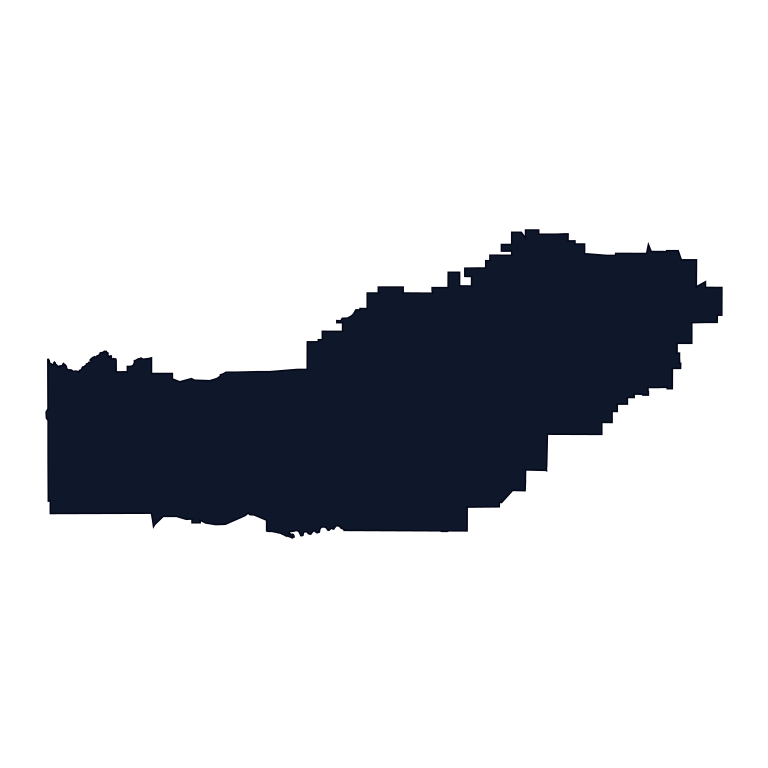 Woodanilling, Western Australia, Australia (orthographic projection)
{"feature_id": "25037944B81892326519969", "entity_name": "Woodanilling", "entity_type": "district", "adm_level": 2, "iso_a3": "AUS", "parent_name": "Australia", "parent_adm1": "Western Australia", "projection": "orthographic", "projection_center": [117.181, -33.52], "detail": "fine", "context": "isolated", "style": "filled", "palette": "ink", "viewbox_px": 768, "rotation_deg": 0, "n_neighbors": 0, "source": "geoboundaries", "source_scale": "gbopen_adm2", "svg_char_len": 5847}
<svg xmlns="http://www.w3.org/2000/svg" viewBox="0 0 768 768"><path d="M666.6,250.7L666.6,251.6L651.2,251.5L648.4,244.5L646.6,253.5L615.6,253.4L615.6,255.4L606.6,255.4L587.7,253.9L584.6,253.9L584.6,244.0L575.0,244.0L575.0,240.9L568.0,240.9L568.1,233.9L564.1,233.9L556.8,234.2L538.7,234.2L538.7,230.0L525.5,230.0L525.5,238.0L521.3,232.3L511.7,232.3L511.7,244.5L501.4,244.5L501.4,251.1L511.7,251.1L511.7,255.3L489.9,255.2L489.9,260.7L485.7,260.7L485.7,268.0L479.2,268.0L464.8,268.2L464.8,276.4L471.6,276.5L471.5,286.0L459.6,285.9L459.6,272.3L448.2,272.3L448.1,287.6L432.1,287.6L432.1,289.6L432.2,291.2L432.7,293.2L403.2,293.0L403.2,287.1L378.3,287.1L378.3,293.0L367.2,293.0L367.2,308.6L360.0,308.5L360.0,309.9L355.8,309.9L353.7,313.7L351.6,315.9L347.5,318.1L342.3,318.3L340.7,320.8L336.8,320.6L336.8,322.7L342.6,322.7L342.5,331.4L322.3,331.3L322.3,339.7L318.3,339.7L318.3,341.8L307.3,341.8L307.2,369.0L307.1,369.4L297.6,369.4L269.5,371.7L257.5,371.7L236.4,372.2L226.1,372.2L223.2,373.9L220.4,374.8L220.2,376.3L216.7,378.6L209.8,380.7L194.3,380.2L194.1,380.0L191.5,378.6L179.7,381.8L172.4,378.9L172.4,373.5L151.5,373.5L151.5,357.8L149.0,358.5L143.1,359.2L140.9,358.0L139.8,358.8L138.2,358.9L135.3,360.6L134.4,360.6L134.4,362.6L133.5,364.7L132.8,365.7L130.5,366.4L127.3,366.4L127.4,371.8L116.2,371.9L116.1,360.4L115.9,360.2L116.0,359.6L115.9,359.2L115.7,358.9L115.1,358.9L114.8,359.1L114.6,358.9L114.3,359.0L113.8,358.8L113.5,358.8L113.2,358.6L112.9,358.8L112.6,358.8L112.0,359.0L111.4,358.8L111.3,358.7L111.2,358.0L111.3,357.3L110.8,356.8L110.9,356.6L111.4,356.1L111.3,355.9L111.2,355.9L110.3,355.9L109.3,357.0L109.1,357.2L108.6,357.3L108.4,357.1L108.4,356.9L108.6,356.8L108.6,355.9L108.1,355.6L107.8,354.7L107.6,354.6L107.5,354.3L107.3,354.2L107.9,353.7L107.9,353.4L108.1,353.2L107.5,352.8L107.2,352.9L106.1,352.5L106.1,352.1L106.5,351.8L106.5,351.6L106.4,351.4L106.2,351.4L104.4,351.3L104.2,351.5L103.8,351.7L103.6,351.9L103.6,352.0L103.7,352.4L103.4,352.5L103.2,352.8L102.9,352.8L102.9,352.5L102.5,352.5L102.2,352.4L101.8,352.5L101.4,352.9L100.8,353.0L100.3,352.8L100.2,352.9L99.7,354.5L98.1,355.6L97.1,355.8L96.8,356.6L96.5,356.8L95.8,357.1L95.4,357.1L94.9,356.9L94.6,356.6L94.4,356.6L94.1,357.2L92.9,357.4L92.2,358.2L91.4,358.4L91.3,358.5L91.3,359.1L90.3,359.7L90.2,359.9L90.1,360.2L90.7,360.5L91.2,361.0L91.3,361.3L91.1,361.9L90.8,362.2L90.3,362.3L89.0,362.2L88.2,363.6L87.7,363.5L86.6,363.9L86.4,364.1L86.5,364.2L86.6,364.4L86.3,365.0L85.9,365.4L85.2,365.7L84.3,366.7L83.1,366.8L82.6,367.1L82.2,367.6L81.7,369.0L81.5,369.3L80.6,370.1L79.7,370.3L79.6,370.5L79.5,371.5L79.2,371.8L78.9,371.9L78.8,371.7L78.3,371.4L76.3,371.3L75.7,371.0L75.1,371.2L72.5,371.2L72.2,370.9L72.0,370.4L71.5,370.0L68.3,369.8L67.7,369.6L67.3,369.3L66.9,368.6L66.3,367.1L66.4,366.6L66.1,366.0L65.7,366.0L65.5,365.7L65.0,365.6L65.0,365.4L65.2,364.9L64.7,364.8L64.1,364.1L63.8,364.2L63.6,364.3L63.6,364.1L63.3,364.2L63.1,364.1L63.1,363.9L62.8,364.2L62.7,364.9L62.4,365.4L61.8,365.8L60.1,365.9L59.4,366.1L59.4,366.7L59.2,367.0L58.9,367.2L58.6,367.1L58.2,366.8L58.2,366.5L57.6,366.0L56.9,365.8L56.8,365.2L56.7,365.2L55.3,363.8L55.3,363.6L55.1,363.4L55.2,362.9L54.4,362.1L53.9,362.7L53.4,363.8L53.2,364.0L53.1,364.4L52.2,365.1L51.9,365.1L51.5,364.4L51.1,363.8L50.9,363.8L49.8,363.0L49.6,362.9L49.3,363.1L49.0,362.9L49.1,362.3L49.4,361.9L49.4,361.6L49.2,361.3L49.0,361.2L49.2,360.8L49.2,360.4L48.8,360.0L48.4,359.3L48.1,359.2L47.8,359.4L48.0,408.8L46.1,412.1L46.4,418.1L48.1,420.5L48.1,458.8L48.3,501.1L50.3,501.1L50.3,513.5L151.4,513.2L152.7,520.7L153.5,526.7L154.9,524.4L163.2,516.4L176.6,516.4L186.2,519.3L192.0,519.0L192.0,522.8L200.2,522.8L200.2,520.2L205.7,523.0L215.9,524.6L225.3,524.3L245.1,515.6L248.2,513.0L249.7,514.6L254.0,514.9L266.6,520.2L266.6,530.9L267.6,531.3L268.4,531.4L272.4,531.4L273.7,531.8L275.9,532.1L278.2,532.8L279.5,532.9L281.2,533.5L282.8,534.4L284.2,534.8L285.3,535.7L286.4,535.8L286.9,536.3L287.3,535.9L287.7,535.8L288.5,536.4L291.0,537.2L292.2,538.0L292.7,537.8L292.9,537.2L293.1,537.0L294.1,537.0L294.0,536.4L293.8,536.0L293.8,535.4L293.5,535.2L293.2,534.6L293.0,534.4L292.5,534.3L291.3,534.5L290.3,533.8L288.7,533.2L288.8,532.8L289.7,531.9L290.2,531.6L294.1,531.1L295.9,530.5L296.4,530.5L297.5,530.8L298.6,531.3L299.0,531.7L299.8,533.5L300.1,533.8L300.5,534.8L300.6,535.4L300.9,535.7L301.7,535.7L302.9,535.4L303.0,535.2L303.3,532.9L304.0,532.1L304.9,531.7L305.2,531.8L306.1,531.8L307.2,532.1L308.2,533.4L308.7,533.8L310.4,534.2L310.9,534.0L311.3,533.6L312.6,531.5L313.0,531.5L313.3,531.1L313.9,530.8L314.5,530.9L316.7,532.7L317.4,532.8L318.0,532.4L319.1,532.3L319.4,532.0L319.7,529.9L320.0,528.8L320.9,527.6L322.8,526.8L325.3,527.2L326.2,527.8L327.2,528.9L327.5,529.9L328.5,530.3L328.8,530.3L329.3,530.0L330.1,529.2L331.0,528.5L331.5,528.3L332.0,528.4L332.6,528.9L333.8,529.0L334.0,528.7L334.4,527.9L334.9,527.4L335.3,526.7L335.8,526.2L336.3,525.9L337.8,525.7L339.6,526.4L340.1,526.9L340.5,527.5L340.9,527.9L341.4,528.3L342.6,528.6L344.2,530.2L344.2,530.4L344.5,530.4L439.5,530.8L440.2,530.8L441.6,531.4L442.3,531.4L447.3,531.4L448.5,530.9L449.0,530.8L467.1,530.9L467.2,507.1L499.3,506.8L499.3,502.5L501.6,502.5L512.6,490.4L525.1,490.7L525.5,480.0L525.4,479.8L525.6,469.9L546.4,470.4L546.5,470.5L546.5,467.7L546.7,465.7L547.4,434.2L601.8,434.4L601.8,422.4L612.1,422.5L612.1,411.4L617.3,411.5L617.3,404.1L627.4,404.1L627.4,397.5L634.2,397.5L634.2,394.1L642.3,394.2L642.8,395.1L648.4,395.1L648.4,391.5L648.0,391.5L648.0,387.5L658.7,387.5L658.8,387.5L658.8,387.4L667.2,387.4L667.2,388.7L672.3,388.7L672.4,368.4L680.6,368.4L680.7,363.2L679.2,363.2L679.7,361.1L679.5,359.2L679.5,353.1L677.1,353.1L677.1,343.3L691.8,343.3L691.8,322.7L705.6,322.4L717.2,322.4L717.3,315.2L721.8,315.2L721.9,287.5L705.5,287.4L705.5,281.7L696.6,286.6L696.3,287.0L696.5,259.8L681.3,259.8L678.2,250.7L666.6,250.7Z" fill="#0f172a" stroke="#020617" stroke-width="1.5"/></svg>